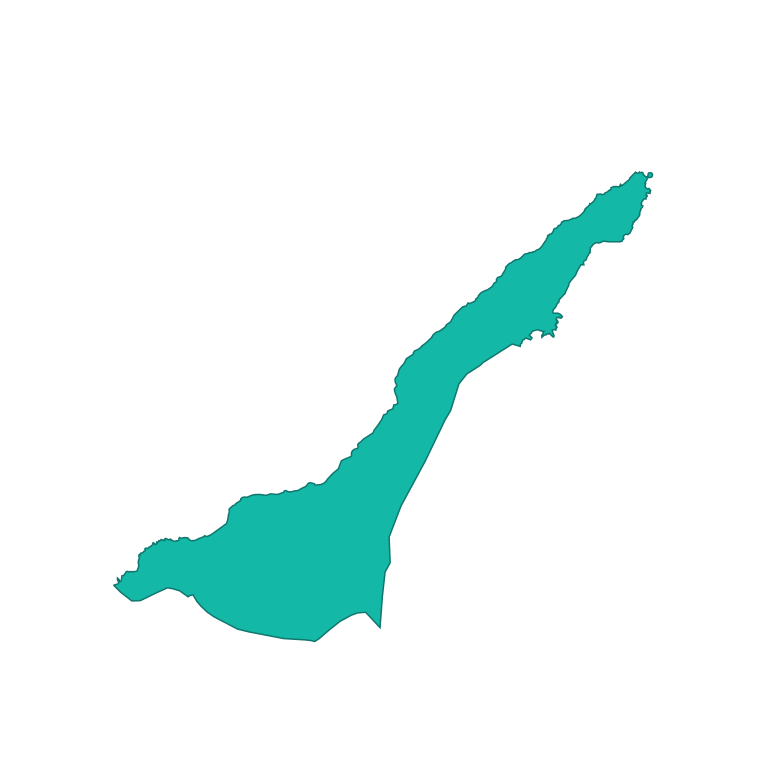 outline of Sima, Andjouân, Comoros, rotated 111°
{"feature_id": "10938185B89113061759376", "entity_name": "Sima", "entity_type": "district", "adm_level": 2, "iso_a3": "COM", "parent_name": "Comoros", "parent_adm1": "Andjouân", "projection": "albers", "projection_center": [44.321, -12.244], "detail": "fine", "context": "isolated", "style": "filled", "palette": "teal", "viewbox_px": 768, "rotation_deg": 111, "n_neighbors": 0, "source": "geoboundaries", "source_scale": "gbopen_adm2", "svg_char_len": 6150}
<svg xmlns="http://www.w3.org/2000/svg" viewBox="0 0 768 768"><g transform="rotate(111 384 384)"><path d="M649.2,356.4L645.3,353.5L632.5,346.6L621.2,339.9L611.6,331.7L607.2,326.7L603.7,319.3L612.9,300.4L582.5,309.5L559.2,315.6L548.7,314.2L525.0,324.4L491.6,324.4L441.4,317.9L395.4,314.1L384.9,312.3L357.0,314.1L344.8,310.2L332.0,300.8L328.7,299.4L300.7,278.6L300.1,270.3L298.3,270.8L297.3,270.7L296.7,270.1L293.0,270.2L292.2,269.0L291.0,268.7L290.3,268.0L290.2,262.9L287.9,262.4L287.2,264.0L286.9,264.1L286.6,265.8L285.8,265.8L283.5,264.6L281.8,264.6L279.2,261.5L278.1,259.1L278.3,257.3L278.0,256.2L278.1,254.6L277.7,253.5L278.6,253.9L280.0,253.4L281.0,254.0L282.5,254.0L283.8,253.3L281.0,252.0L279.9,250.2L279.1,250.0L278.2,248.2L277.4,248.0L279.3,243.6L279.5,242.7L279.1,242.4L277.7,242.7L275.7,244.8L273.4,246.3L272.2,244.6L272.1,242.9L270.5,243.5L270.1,243.0L269.3,242.9L268.8,242.9L268.8,243.8L267.7,244.2L267.9,244.8L267.5,245.2L266.3,245.4L266.0,244.6L265.6,245.1L265.2,244.7L263.9,244.7L264.5,243.7L263.9,243.6L263.3,244.1L263.7,244.7L263.4,245.3L262.4,245.2L261.9,246.5L260.3,246.5L259.5,245.5L259.5,244.3L258.8,244.3L258.7,243.6L259.2,242.8L259.0,242.3L257.2,241.5L255.8,244.2L255.5,246.8L257.2,251.1L256.9,251.9L255.9,252.4L253.4,252.5L252.8,252.0L250.1,251.2L247.6,251.2L244.3,250.0L242.9,250.8L234.2,247.3L232.9,247.5L225.8,246.9L223.6,247.3L220.6,246.6L214.0,244.2L208.7,244.0L202.1,242.9L201.1,240.1L199.2,241.4L197.3,241.2L195.7,239.8L193.2,240.0L188.3,239.2L187.6,238.7L187.1,238.6L187.0,239.2L185.6,239.3L183.0,240.1L178.2,238.5L176.0,236.5L175.4,234.1L174.6,232.8L172.4,230.8L171.8,229.5L170.7,225.1L166.6,214.5L165.3,212.9L163.9,212.9L162.4,212.2L160.9,213.3L158.8,213.1L157.2,211.3L157.1,209.8L154.8,208.5L148.6,207.9L147.6,209.0L146.1,209.1L145.2,208.7L144.4,209.5L143.7,209.5L143.1,209.2L142.9,208.2L141.3,208.5L140.6,207.4L136.0,206.0L134.7,205.9L133.7,206.0L133.1,206.6L129.5,206.7L128.7,207.0L126.4,206.2L124.9,206.2L124.6,208.2L122.9,208.3L122.3,208.8L118.0,207.6L117.4,205.7L116.2,206.1L114.2,205.6L113.6,205.9L113.7,207.1L111.5,207.4L110.8,204.0L109.0,204.3L108.9,204.8L107.8,204.4L106.5,206.6L107.4,208.0L106.8,210.5L104.4,211.6L103.3,211.4L103.0,212.4L96.4,211.5L95.6,209.0L94.4,208.1L92.1,208.4L91.1,209.8L91.4,211.3L92.2,212.5L93.1,212.7L95.6,212.1L96.7,213.7L96.8,214.3L95.9,215.6L96.0,216.4L94.1,218.0L94.0,219.2L94.9,220.6L94.6,221.5L95.4,221.5L96.0,222.0L96.4,224.2L96.0,225.0L103.5,228.3L105.1,228.2L113.0,232.6L113.4,234.0L112.8,234.6L114.1,234.9L114.4,233.9L116.1,236.0L116.4,238.4L117.2,239.0L117.2,240.1L119.3,242.4L120.2,242.1L122.1,242.2L122.4,243.2L124.8,244.4L126.3,246.1L127.9,246.5L129.0,248.1L128.9,249.6L130.6,253.1L134.2,252.8L135.5,253.4L137.6,253.4L141.6,255.4L141.9,256.6L143.0,256.3L145.5,257.3L146.8,258.3L148.0,258.4L148.6,259.0L150.1,259.1L150.5,258.7L155.3,260.7L157.5,261.9L160.5,264.6L161.4,266.0L161.3,266.7L165.2,270.4L167.0,274.3L169.3,276.2L170.8,276.0L172.8,276.7L173.6,277.9L175.7,278.3L177.2,279.3L177.7,280.5L178.3,280.8L179.5,281.0L180.3,280.6L183.6,281.4L185.0,283.2L186.3,283.5L186.7,284.4L188.7,283.9L190.2,284.3L192.0,284.2L193.0,284.7L199.1,286.0L202.3,287.4L204.5,289.7L206.3,290.6L207.4,292.5L208.0,292.6L209.4,295.6L210.2,296.0L212.4,299.3L216.3,301.0L219.4,302.9L220.9,305.7L223.4,307.7L225.1,308.5L226.4,310.1L230.8,312.1L232.2,312.1L232.9,311.6L241.3,313.1L243.9,316.1L246.2,316.5L248.0,315.6L250.6,317.4L253.5,317.8L255.1,318.5L258.8,321.0L261.7,324.2L264.5,326.4L267.7,327.5L269.6,327.4L271.5,328.7L273.2,328.5L274.7,329.3L278.1,332.8L278.2,334.6L281.5,335.1L283.9,338.3L294.4,343.1L302.0,344.1L306.5,347.0L309.0,347.3L314.8,351.2L316.8,353.7L320.5,355.8L322.1,355.9L322.5,356.2L323.2,356.0L331.1,359.8L334.9,362.3L337.1,363.0L339.3,364.4L342.2,367.3L344.0,367.8L345.1,367.4L346.4,367.8L352.3,372.2L357.1,372.5L362.3,374.4L364.8,375.0L371.3,374.4L374.0,375.4L375.8,375.4L378.3,374.1L380.7,371.4L384.5,372.5L386.5,371.8L389.4,369.5L391.2,367.6L397.0,364.2L398.7,365.1L400.0,367.3L404.1,366.9L406.8,369.9L407.9,370.3L408.0,370.9L409.8,370.6L411.3,371.1L412.8,373.2L418.0,373.4L424.3,374.8L430.8,376.7L433.5,376.7L442.8,383.4L445.8,384.7L448.6,386.5L449.9,386.8L452.5,385.5L453.5,385.6L455.8,388.5L457.9,389.6L460.0,389.7L462.9,388.5L464.6,389.9L468.5,394.1L471.0,396.3L479.5,396.2L486.0,399.8L492.9,402.6L496.0,403.4L498.2,404.7L500.3,406.6L502.9,411.6L503.0,412.5L502.1,413.0L502.5,417.3L503.2,418.5L504.5,419.4L506.5,419.8L508.5,420.8L509.4,422.1L514.4,426.3L515.7,429.0L518.2,432.4L519.0,435.4L518.6,436.8L518.9,438.1L519.5,438.7L521.2,439.0L525.4,444.0L527.2,450.5L530.2,454.1L531.6,460.3L533.5,464.8L535.2,467.5L538.9,471.4L539.4,473.5L540.7,475.6L542.6,476.6L544.1,476.1L548.8,479.5L550.4,479.8L551.6,481.4L556.1,483.7L557.2,483.5L558.8,482.5L561.3,482.4L566.9,481.2L570.7,481.0L586.5,491.3L589.7,494.4L590.1,495.8L589.8,497.0L591.0,497.5L593.8,500.3L594.5,501.5L595.7,502.3L598.0,504.7L599.4,508.0L599.3,509.4L598.1,511.7L598.1,512.6L598.9,515.3L600.8,518.2L600.6,519.9L601.7,520.1L602.8,519.6L604.4,520.3L604.7,521.7L605.7,522.6L606.2,524.0L605.8,525.5L606.2,527.2L605.4,527.3L605.3,527.6L606.6,529.4L606.4,532.5L607.2,533.1L608.8,532.6L609.0,533.4L608.6,534.0L609.3,535.2L609.0,536.2L610.9,537.2L611.0,538.1L612.6,538.1L613.0,539.6L614.4,538.7L615.0,539.6L615.7,539.8L615.8,540.7L615.1,541.2L614.9,542.6L615.3,542.8L616.9,542.4L620.1,544.2L620.3,544.8L621.2,544.9L622.2,545.9L622.5,547.3L623.2,548.1L624.0,548.0L624.3,547.3L625.6,547.4L626.4,548.3L627.6,548.6L628.5,549.4L628.9,550.3L629.9,550.8L630.9,550.3L631.2,551.4L632.8,551.2L633.9,550.0L636.1,550.1L638.6,549.5L641.8,547.7L646.8,547.5L647.9,548.4L648.6,550.2L649.3,550.8L649.3,551.5L649.9,552.4L650.0,553.8L650.9,554.9L650.8,556.2L651.4,557.3L655.9,558.3L656.9,559.9L662.2,558.8L663.0,559.3L663.0,560.1L661.7,561.0L660.7,563.3L661.8,563.0L664.5,560.5L665.3,560.5L666.2,561.0L668.5,564.0L668.9,563.9L672.7,555.4L676.9,541.7L673.6,533.9L661.5,522.6L651.8,513.1L650.8,507.4L650.3,500.6L652.9,490.6L650.8,489.2L649.3,486.7L654.2,480.5L657.0,475.3L660.4,467.0L662.3,459.1L665.3,432.8L663.7,420.4L657.6,386.4L651.1,365.8L649.6,359.9L649.2,356.4Z" fill="#14b8a6" stroke="#0f766e" stroke-width="1.5"/></g></svg>